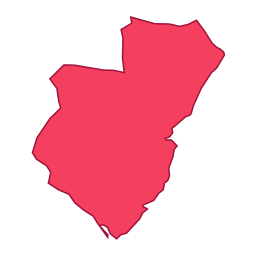 Jungsan, P'yŏngan-namdo, North Korea, rotated 181°
{"feature_id": "82179303B67987786077582", "entity_name": "Jungsan", "entity_type": "district", "adm_level": 2, "iso_a3": "PRK", "parent_name": "North Korea", "parent_adm1": "P'yŏngan-namdo", "projection": "natural_earth1", "projection_center": [125.351, 39.096], "detail": "fine", "context": "isolated", "style": "filled", "palette": "rose", "viewbox_px": 256, "rotation_deg": 181, "n_neighbors": 0, "source": "geoboundaries", "source_scale": "gbopen_adm2", "svg_char_len": 1087}
<svg xmlns="http://www.w3.org/2000/svg" viewBox="0 0 256 256"><g transform="rotate(181 128 128)"><path d="M146.4,18.3L146.2,20.7L155.2,30.2L150.3,30.6L146.6,28.0L143.9,22.1L137.6,17.0L133.0,21.3L127.7,22.8L114.9,37.2L111.8,43.4L107.2,47.3L112.0,50.0L112.0,51.1L101.0,56.0L96.1,63.4L91.7,66.8L90.6,73.7L87.4,76.0L85.6,81.1L86.6,88.5L82.6,100.1L81.5,107.2L78.6,111.0L83.9,116.2L84.5,116.8L89.4,116.7L90.8,118.2L86.3,119.8L83.2,124.1L84.2,128.3L79.4,132.3L74.6,136.7L70.4,140.5L66.6,141.7L65.1,143.6L63.1,151.3L55.5,168.9L45.7,184.6L40.5,189.4L32.9,202.6L33.6,205.5L37.7,208.9L40.2,209.8L45.5,214.4L53.1,226.1L61.4,236.9L69.7,232.6L78.1,230.5L88.5,232.7L103.1,232.7L127.2,239.0L126.1,232.8L136.6,226.3L134.6,217.7L134.7,198.3L132.8,183.3L143.2,185.4L153.6,185.5L168.2,187.7L182.8,189.9L193.2,189.9L203.7,179.1L207.0,175.8L199.7,166.2L197.7,153.3L195.6,146.8L206.2,136.1L218.8,116.7L223.1,101.7L219.0,95.2L208.6,88.7L204.5,82.3L206.3,73.2L206.7,71.5L196.3,65.0L185.9,60.7L179.7,52.1L171.5,45.6L161.1,39.1L157.0,32.6L146.4,18.3Z" fill="#f43f5e" stroke="#9f1239" stroke-width="1.5"/></g></svg>